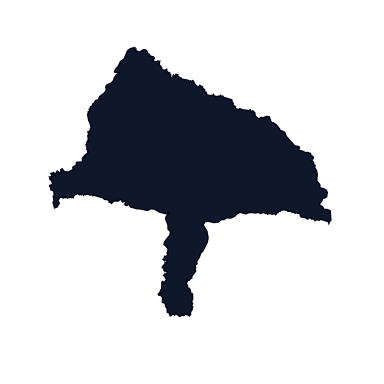 Muembe, Niassa, Mozambique (Albers equal-area conic projection), rotated 105°
{"feature_id": "85939544B2234925194697", "entity_name": "Muembe", "entity_type": "district", "adm_level": 2, "iso_a3": "MOZ", "parent_name": "Mozambique", "parent_adm1": "Niassa", "projection": "albers", "projection_center": [35.883, -12.778], "detail": "fine", "context": "isolated", "style": "filled", "palette": "ink", "viewbox_px": 384, "rotation_deg": 105, "n_neighbors": 0, "source": "geoboundaries", "source_scale": "gbopen_adm2", "svg_char_len": 6001}
<svg xmlns="http://www.w3.org/2000/svg" viewBox="0 0 384 384"><g transform="rotate(105 192 192)"><path d="M193.7,311.3L195.3,310.3L198.9,313.5L201.2,312.6L203.9,315.8L205.5,316.7L204.8,318.0L205.4,318.2L205.3,320.8L203.2,323.5L204.4,324.5L207.0,323.7L207.8,324.7L207.5,325.5L208.3,326.1L206.9,326.4L206.7,327.6L211.1,328.8L209.0,330.6L210.7,333.1L212.3,331.4L213.5,331.5L214.4,333.4L214.9,332.5L216.0,332.8L216.9,332.0L216.4,331.2L219.9,328.8L221.7,329.3L222.2,330.9L223.4,331.0L223.8,329.7L226.4,328.9L226.5,326.4L228.5,325.0L230.6,324.3L232.4,324.8L232.4,323.7L234.1,324.0L235.9,323.0L237.8,323.5L242.9,320.7L241.5,318.6L238.6,317.7L237.8,318.1L237.2,317.3L234.8,319.3L231.5,318.3L230.7,316.9L231.0,316.0L230.4,315.7L231.0,314.8L229.7,313.6L230.2,313.1L229.6,311.0L229.9,310.5L229.1,310.1L228.1,305.2L227.2,305.8L225.4,304.7L222.8,301.8L223.8,300.2L222.8,299.4L223.4,298.3L221.9,297.2L222.2,296.1L223.0,295.9L222.0,295.2L222.1,294.1L221.1,293.3L221.2,289.3L220.3,287.8L221.3,286.6L219.8,285.8L220.5,285.1L220.7,276.3L221.7,274.7L221.2,271.7L222.3,269.4L223.1,269.4L223.1,268.0L223.9,267.0L223.0,266.3L221.8,267.1L221.5,265.1L219.9,263.8L220.4,262.8L220.0,261.4L217.4,258.7L218.0,257.5L218.9,257.4L219.5,256.5L218.9,255.1L218.0,254.7L218.0,253.5L219.8,253.1L220.9,253.8L220.8,252.8L221.9,252.9L221.9,251.4L219.7,249.5L221.6,248.5L222.3,247.4L222.4,241.2L221.6,237.4L221.4,231.2L220.8,229.5L218.9,228.0L218.2,223.8L219.8,218.1L219.7,211.3L217.0,209.3L217.2,208.5L222.6,210.6L224.8,210.5L230.0,206.7L234.0,205.5L235.5,202.7L238.9,202.0L247.3,205.6L250.1,205.4L250.5,203.9L252.9,200.6L255.5,199.9L257.5,200.2L259.0,198.8L261.1,200.6L261.2,201.8L263.9,201.6L264.5,202.4L265.1,201.2L264.2,199.2L265.4,197.7L266.2,198.6L267.2,198.5L267.0,199.8L268.0,199.3L272.3,201.3L273.4,199.5L275.0,198.6L274.7,198.0L275.7,197.5L274.7,196.7L275.9,195.2L277.7,195.2L278.2,197.0L280.0,197.8L280.4,196.1L281.7,195.6L282.9,193.9L286.5,195.2L286.9,195.9L286.0,197.0L287.1,197.7L293.9,196.0L294.8,196.9L296.7,196.8L299.6,198.1L300.3,197.1L299.6,195.9L301.0,193.6L301.9,192.8L306.2,192.0L306.5,189.0L309.3,187.8L311.1,185.7L314.4,184.8L314.9,182.4L317.2,181.2L316.7,180.0L314.8,179.2L315.0,178.6L314.0,177.4L314.5,177.1L315.0,177.6L315.3,176.9L314.1,176.5L313.8,175.5L315.4,171.5L313.7,170.2L313.5,167.9L312.4,167.7L311.8,166.6L311.7,163.9L312.4,162.6L310.8,161.7L308.2,162.4L305.9,161.5L302.7,161.7L301.7,163.1L299.8,162.5L299.1,162.9L298.6,164.1L295.3,163.7L290.5,165.1L290.2,165.6L291.5,166.6L291.3,167.3L289.0,167.3L288.6,168.5L287.2,168.2L285.8,169.9L286.0,171.3L283.0,172.5L282.3,174.0L279.4,173.3L278.2,173.6L278.1,172.0L275.6,170.8L275.2,170.0L273.6,170.5L267.5,168.0L265.2,169.3L264.3,168.9L263.5,169.6L261.4,169.7L260.1,168.6L257.8,169.6L253.0,168.1L249.1,167.9L245.9,166.2L236.9,164.3L232.0,164.7L226.0,167.5L220.9,172.9L217.1,171.6L216.0,169.3L215.8,162.8L214.2,159.0L211.2,156.7L210.2,153.9L208.1,152.1L207.1,148.0L204.3,144.4L201.6,143.1L199.1,140.5L199.0,134.1L197.4,132.1L196.2,128.8L196.0,126.1L194.4,122.1L195.0,120.2L193.9,119.2L193.2,116.7L193.8,115.6L193.2,114.4L193.8,113.2L192.8,112.2L192.5,108.2L191.7,107.9L191.6,106.2L192.2,105.4L191.6,104.9L190.2,105.3L189.8,103.8L187.9,103.1L188.0,102.0L186.4,101.3L185.3,98.3L185.2,95.5L185.8,94.4L185.0,91.8L185.7,89.9L184.9,89.2L185.8,87.1L185.2,86.1L184.9,82.7L185.8,81.4L187.0,81.2L187.9,79.5L187.3,76.6L188.2,73.5L187.7,72.8L186.6,72.6L186.5,70.6L185.8,70.0L186.0,69.4L187.1,69.4L186.4,67.4L187.8,65.9L186.8,65.1L186.2,61.8L185.0,60.6L185.3,52.6L186.8,51.7L184.4,51.4L183.3,50.6L174.4,53.7L174.0,56.7L174.7,60.3L172.8,61.7L171.2,65.8L170.1,66.1L169.5,65.3L167.6,64.5L164.1,64.0L163.5,62.4L161.7,60.8L157.5,61.2L155.7,62.6L154.8,65.5L154.9,69.4L151.7,70.6L149.0,74.4L142.3,75.7L139.2,77.3L136.3,80.2L134.7,79.9L134.2,81.3L132.1,82.3L130.1,84.8L128.3,83.6L126.9,83.7L126.3,84.9L127.0,85.8L124.1,87.6L124.0,91.2L124.9,92.2L124.1,94.8L123.9,99.3L123.0,100.3L121.6,99.6L120.9,99.9L120.5,101.1L120.9,104.8L113.8,115.5L110.3,118.0L109.6,123.1L108.3,123.9L105.1,128.4L104.2,131.3L104.6,132.1L103.5,134.1L99.4,136.8L99.7,139.4L102.0,142.8L102.3,145.0L103.5,145.3L104.0,146.9L102.2,150.7L99.2,151.9L97.9,154.2L99.4,155.2L97.6,157.2L98.7,158.1L99.5,164.4L99.2,167.4L100.5,168.5L100.3,171.1L99.5,172.4L98.5,172.1L97.3,175.1L95.8,175.2L93.6,177.4L92.7,177.4L92.4,186.0L91.4,187.2L91.9,188.9L91.4,189.6L92.9,190.3L92.6,191.2L93.7,193.2L93.3,195.5L92.3,196.6L93.1,196.9L94.3,199.4L94.3,202.9L92.2,204.0L92.4,204.7L91.3,206.0L89.8,206.4L89.2,208.6L87.8,209.0L87.0,212.2L88.5,212.5L89.7,214.2L88.5,214.6L88.0,216.3L84.3,219.8L84.3,220.4L86.1,220.9L85.0,222.4L85.7,223.0L85.1,225.5L85.8,231.3L84.9,231.7L84.7,233.2L83.6,235.8L82.5,236.1L82.5,237.3L82.7,238.1L84.0,237.8L84.4,239.3L83.9,240.1L86.6,240.4L87.5,242.0L86.8,242.9L85.3,242.5L84.3,243.1L83.6,244.3L82.9,244.4L83.3,245.2L82.6,245.5L82.4,247.3L80.1,248.2L81.6,250.1L81.8,252.9L80.2,253.2L80.1,254.0L78.9,254.4L77.7,256.7L74.2,257.1L74.7,257.7L74.2,258.9L75.4,259.8L75.6,263.3L74.5,263.7L72.4,263.0L71.5,264.4L71.5,268.4L70.7,268.2L70.0,269.0L70.2,269.9L67.2,272.6L66.8,274.4L67.2,275.8L70.3,278.8L70.6,280.4L70.1,281.4L70.6,282.7L69.5,283.0L69.4,283.7L68.6,283.3L68.7,284.1L67.3,284.6L69.5,288.6L72.4,290.8L81.0,291.9L84.5,294.8L90.3,295.9L92.2,297.2L95.5,298.0L96.2,297.5L95.9,293.3L96.5,293.0L98.7,295.5L101.9,296.6L104.5,296.5L107.5,298.1L110.9,302.1L112.9,302.4L115.6,301.1L118.8,302.1L123.7,305.8L127.0,306.2L128.7,308.8L131.5,309.5L132.7,310.7L134.2,310.4L136.4,312.2L137.9,311.8L138.7,312.7L139.4,312.3L139.3,311.4L140.6,311.8L141.5,313.0L142.8,312.5L144.1,312.9L149.9,310.1L151.1,308.7L156.9,305.6L157.4,306.5L158.3,306.0L159.7,306.7L160.8,308.1L163.1,306.7L164.7,307.2L169.6,304.7L169.4,305.9L170.1,305.5L171.3,306.5L171.9,306.0L173.5,306.7L173.8,305.8L175.2,305.8L175.9,304.7L177.7,304.8L177.8,304.0L178.7,303.9L179.2,302.8L179.6,303.4L181.1,302.6L184.4,305.1L185.4,304.4L185.4,305.4L187.8,306.6L190.7,305.6L191.8,306.5L193.0,310.9L193.7,311.3Z" fill="#0f172a" stroke="#020617" stroke-width="1.5"/></g></svg>